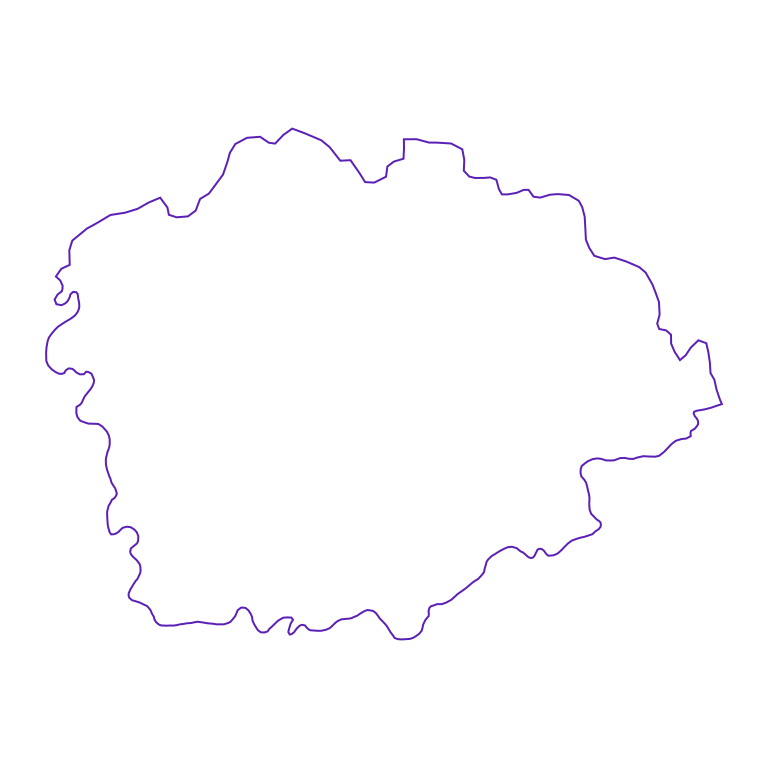 outline of Haradok, Vitebsk, Belarus
{"feature_id": "67162791B30546828632542", "entity_name": "Haradok", "entity_type": "district", "adm_level": 2, "iso_a3": "BLR", "parent_name": "Belarus", "parent_adm1": "Vitebsk", "projection": "orthographic", "projection_center": [30.062, 55.617], "detail": "fine", "context": "isolated", "style": "outline", "palette": "violet", "viewbox_px": 768, "rotation_deg": 0, "n_neighbors": 0, "source": "geoboundaries", "source_scale": "gbopen_adm2", "svg_char_len": 5608}
<svg xmlns="http://www.w3.org/2000/svg" viewBox="0 0 768 768"><path d="M721.9,404.1L720.0,399.8L716.5,389.5L714.4,379.8L710.5,373.0L709.9,362.7L708.3,352.0L706.3,343.2L698.4,340.3L690.7,347.7L685.8,355.1L680.0,360.1L674.6,351.8L671.1,343.5L671.0,334.7L666.1,330.4L659.2,329.0L657.2,323.6L659.6,314.8L659.0,302.1L655.5,292.4L652.5,284.6L645.6,272.5L639.2,267.1L626.0,261.4L614.3,257.6L605.0,259.1L594.3,255.8L589.3,248.0L585.9,239.7L585.3,227.6L584.7,216.8L582.2,207.1L578.8,200.8L569.0,195.0L557.8,194.1L550.0,194.7L540.3,197.6L533.5,196.7L528.6,189.9L523.7,189.9L516.5,192.9L507.7,194.4L501.9,194.4L498.9,189.1L496.4,179.8L490.1,177.4L484.3,177.9L475.0,178.0L469.2,176.5L463.8,170.7L464.3,160.0L462.3,149.3L451.1,143.5L436.5,142.6L429.2,142.6L416.6,139.2L403.9,139.3L404.0,148.5L403.5,158.7L393.8,161.6L387.4,166.5L386.0,176.7L374.3,182.6L365.1,182.1L359.7,173.4L350.5,160.2L340.3,160.7L329.6,147.1L321.3,140.3L305.3,133.5L292.2,128.6L283.4,134.9L275.1,143.6L268.8,142.7L260.1,136.8L247.0,137.8L235.3,144.0L229.9,152.8L227.5,161.5L223.0,174.6L214.7,185.8L208.9,193.6L200.1,198.9L195.7,210.6L187.9,216.4L176.6,217.3L168.9,214.8L167.4,207.5L160.2,197.7L148.5,202.6L137.7,208.8L125.1,212.7L110.4,215.0L96.7,223.2L87.0,228.5L72.3,240.6L69.3,250.3L69.7,264.9L61.3,268.8L55.9,276.5L60.2,280.4L62.6,285.7L62.5,288.8L61.8,291.3L57.6,294.5L54.6,299.5L56.4,304.2L61.6,305.2L65.5,303.2L67.5,301.2L69.3,298.2L70.5,294.3L72.9,292.0L76.2,292.2L77.7,294.1L78.3,298.9L79.1,302.6L79.3,306.2L79.0,308.6L77.6,312.0L75.1,315.4L71.0,318.5L64.6,322.3L58.0,326.7L54.8,329.9L51.1,334.4L49.0,337.4L47.7,340.9L46.6,346.6L46.1,352.5L46.3,360.9L48.2,365.5L51.6,369.2L55.3,371.9L59.2,373.8L61.8,373.8L64.2,373.1L65.8,370.3L68.6,368.4L72.2,368.8L73.9,370.0L76.4,372.5L79.8,374.3L82.0,374.3L83.9,374.2L86.2,371.7L88.3,372.0L91.4,373.6L92.8,376.7L94.1,380.0L93.7,383.0L92.2,386.6L90.5,389.2L87.5,392.9L84.5,396.7L81.8,402.6L80.3,404.5L77.5,406.4L76.5,406.9L76.4,408.6L76.4,410.4L76.3,412.9L77.3,416.8L80.1,420.6L83.5,422.0L88.4,423.6L95.4,423.8L98.4,424.0L102.3,426.5L104.6,429.0L106.8,431.5L108.8,435.4L109.7,439.5L109.7,443.6L109.5,446.1L108.6,449.1L107.5,451.9L106.0,458.1L105.8,460.9L106.0,464.8L107.0,469.6L108.1,472.7L109.0,475.5L110.4,478.7L111.5,482.6L113.4,485.6L115.1,488.1L116.5,492.3L116.8,494.0L115.6,496.5L114.4,498.1L111.9,499.8L110.6,502.5L108.5,506.1L107.1,511.9L107.2,516.7L107.5,521.4L107.8,525.2L108.4,528.0L109.5,531.8L111.0,534.3L113.2,534.3L115.7,533.7L118.6,531.8L120.8,529.5L122.7,527.8L126.8,526.7L130.7,527.2L134.4,529.6L136.9,532.4L138.3,536.3L138.1,541.0L137.0,543.4L134.2,545.7L130.9,548.4L130.2,551.5L130.7,553.9L132.9,556.7L134.6,558.3L136.5,559.9L139.4,563.7L140.2,565.7L140.6,570.3L140.2,573.1L137.3,579.2L135.9,580.6L133.3,584.5L131.9,587.0L130.3,589.5L128.6,593.6L128.7,596.0L129.3,597.8L132.0,600.2L135.8,601.3L139.1,602.3L147.1,606.1L149.1,608.3L150.5,610.2L151.9,613.5L153.8,616.7L154.5,619.5L156.1,622.2L159.1,624.7L161.1,625.4L166.0,625.7L170.1,625.5L173.4,625.6L177.0,625.1L180.1,624.3L183.6,623.9L186.8,623.3L191.0,623.0L197.3,621.7L203.1,622.5L206.5,623.1L206.9,623.2L210.2,623.5L213.3,623.8L216.6,624.3L220.4,624.3L224.0,624.3L228.4,622.9L230.6,621.7L235.0,616.5L236.5,613.2L237.7,610.2L241.0,607.7L242.9,607.6L245.6,608.0L248.4,610.3L250.8,614.0L252.0,616.9L252.6,620.8L254.0,623.9L255.3,626.1L257.8,630.1L260.8,632.3L264.3,632.5L267.6,631.4L269.4,628.8L271.8,626.7L274.6,624.0L277.6,621.0L280.2,619.4L283.3,617.7L287.4,617.4L291.3,617.6L293.0,619.8L290.7,623.5L289.1,628.7L288.3,632.0L289.7,634.5L291.5,634.2L294.1,632.2L296.8,628.4L299.8,625.6L302.0,624.8L305.0,625.4L306.6,627.5L308.6,629.4L310.6,630.3L313.5,630.5L317.6,630.8L320.9,630.8L325.6,629.9L329.8,628.1L332.6,625.5L335.6,622.6L337.8,621.0L341.2,619.4L345.4,618.9L349.3,618.6L351.6,618.1L353.4,617.2L357.2,615.7L359.3,614.2L362.0,612.5L365.1,610.8L367.7,610.0L373.0,610.9L375.8,613.0L377.9,615.7L379.9,618.6L382.6,621.3L386.0,625.0L387.9,627.8L390.5,632.2L393.1,635.6L394.6,638.0L398.1,639.2L402.3,639.4L405.3,639.2L409.9,638.9L413.2,637.8L416.0,636.1L419.3,633.7L421.7,630.7L422.6,627.4L423.2,624.4L425.3,620.2L426.7,618.3L428.6,616.2L428.9,613.6L428.5,611.4L429.3,608.1L430.9,606.3L432.9,605.7L437.2,604.1L442.0,604.1L446.4,602.5L451.3,599.8L457.7,594.0L465.9,588.2L473.2,582.0L478.3,578.8L481.5,575.4L484.0,572.2L484.7,568.5L485.6,565.6L486.5,562.0L488.1,559.5L491.5,556.2L494.5,554.4L497.6,552.4L500.4,550.7L504.0,548.8L507.8,547.2L511.9,546.8L516.6,548.1L518.6,549.8L520.8,551.5L523.1,552.5L526.5,555.5L528.1,556.9L529.9,557.8L531.6,558.0L533.2,557.4L534.3,556.0L535.1,554.8L535.8,553.0L536.5,551.9L537.5,549.7L539.1,548.8L541.6,549.0L543.7,550.5L544.7,551.8L546.1,553.8L548.2,555.7L553.5,555.3L557.2,553.7L559.4,552.0L562.2,549.4L563.8,547.6L568.0,543.4L571.8,540.6L576.7,538.8L580.7,537.6L584.9,536.7L587.6,535.8L592.4,534.2L595.2,531.5L598.9,529.0L600.6,526.7L600.9,524.4L600.4,522.3L598.9,520.9L596.7,519.5L594.0,516.7L591.1,513.7L589.6,509.5L589.2,504.1L589.5,498.1L589.0,494.4L587.9,490.1L587.1,486.2L586.0,482.5L584.1,479.5L581.4,476.5L580.6,473.3L580.6,469.8L581.7,466.0L584.9,463.4L587.9,461.2L592.7,459.1L597.3,458.4L601.3,458.9L606.0,460.4L610.9,460.5L614.2,460.3L620.1,458.1L624.7,457.9L628.9,458.8L633.6,458.9L636.7,457.7L643.3,456.2L648.8,456.5L655.3,456.7L659.1,455.8L664.2,451.8L667.6,448.2L671.5,444.1L675.7,440.8L681.2,439.1L686.3,438.5L690.7,436.2L690.5,432.6L691.0,431.0L692.8,429.9L694.9,428.6L697.0,426.0L698.1,424.2L698.1,421.5L697.1,418.9L694.8,416.2L693.6,413.4L694.2,411.7L696.9,410.7L701.8,409.9L705.4,409.2L711.8,407.5L714.8,406.4L721.9,404.1Z" fill="none" stroke="#5b21b6" stroke-width="2"/></svg>